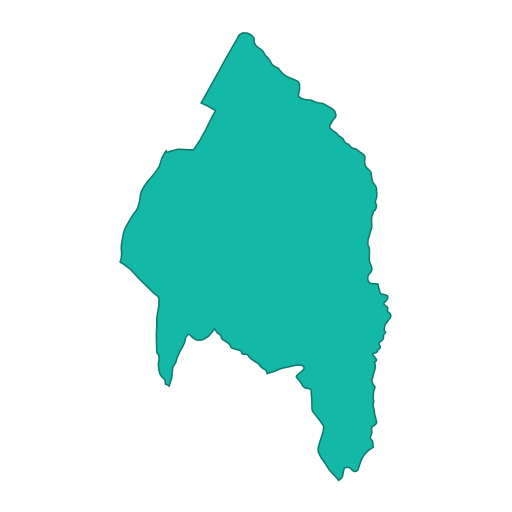 the district of Coatepeque, Quezaltenango, Guatemala, rotated 91°
{"feature_id": "79465075B84423325132752", "entity_name": "Coatepeque", "entity_type": "district", "adm_level": 2, "iso_a3": "GTM", "parent_name": "Guatemala", "parent_adm1": "Quezaltenango", "projection": "mercator", "projection_center": [-91.974, 14.632], "detail": "fine", "context": "isolated", "style": "filled", "palette": "teal", "viewbox_px": 512, "rotation_deg": 91, "n_neighbors": 0, "source": "geoboundaries", "source_scale": "gbopen_adm2", "svg_char_len": 6104}
<svg xmlns="http://www.w3.org/2000/svg" viewBox="0 0 512 512"><g transform="rotate(91 256 256)"><path d="M35.9,277.0L41.9,280.1L42.8,280.7L58.4,289.3L66.9,293.8L69.0,294.8L69.9,295.3L75.7,298.4L89.1,305.6L97.2,309.9L103.9,313.6L105.3,310.7L106.5,307.6L111.4,298.9L114.6,300.8L118.9,303.0L128.9,307.7L131.3,308.6L132.6,309.4L132.9,309.6L137.2,312.1L140.1,313.4L151.0,320.4L150.8,329.5L150.6,335.8L152.1,341.1L153.9,347.0L153.4,347.3L152.4,347.6L154.1,348.9L159.8,351.9L168.0,354.2L175.0,358.7L182.5,365.0L188.0,368.9L193.2,371.7L196.3,372.5L203.6,373.5L208.2,374.7L210.5,375.4L212.8,376.6L216.5,379.5L224.4,384.1L227.3,385.6L229.8,387.0L234.7,388.8L246.6,390.7L250.4,390.9L256.3,390.4L260.4,390.7L264.5,391.8L266.2,388.7L271.8,381.0L279.0,374.2L282.2,371.0L294.9,357.6L297.5,354.1L299.2,352.6L301.5,352.2L307.3,352.3L320.0,354.2L329.1,354.0L336.2,354.3L353.7,353.6L355.3,352.8L356.7,351.6L358.9,351.2L361.6,351.1L363.6,351.6L365.6,351.8L368.6,351.5L371.7,351.1L374.4,350.3L376.1,349.8L377.9,348.6L379.5,347.0L380.7,345.5L382.5,344.6L385.4,344.5L385.9,344.1L386.2,342.5L387.6,340.6L379.3,338.1L368.9,337.3L364.0,334.4L359.6,333.3L352.0,330.0L348.5,328.0L345.8,326.8L344.2,326.0L338.4,324.7L335.7,322.7L335.5,321.7L336.1,320.6L338.5,318.2L340.5,315.2L341.2,313.1L341.0,308.6L339.7,306.0L337.2,302.2L333.2,298.8L329.6,296.2L330.8,295.2L332.0,294.5L332.8,293.9L334.0,292.9L334.7,291.3L335.3,290.7L336.0,290.1L336.9,289.6L337.8,289.4L338.8,289.1L339.5,288.6L340.1,287.9L343.3,282.7L344.0,281.8L345.3,280.7L346.2,280.1L347.7,279.5L348.3,278.9L348.7,278.0L350.1,272.8L350.5,271.5L351.0,269.6L351.6,269.1L353.6,268.5L354.1,268.0L354.4,267.4L354.5,266.7L354.5,265.6L354.4,264.8L354.8,262.8L355.9,261.8L356.5,261.5L357.1,261.1L358.0,260.3L358.9,259.2L359.8,257.9L362.7,253.4L362.9,252.7L363.3,251.7L364.2,251.3L365.5,250.5L366.8,248.9L367.7,248.0L368.6,246.7L369.6,244.7L370.3,244.0L371.1,243.5L373.4,242.8L371.0,235.5L368.5,229.9L367.6,227.4L366.0,220.2L364.5,213.8L364.4,209.0L365.1,206.8L366.1,206.2L367.4,206.0L368.4,206.4L369.7,207.5L375.0,213.3L375.7,213.6L376.7,213.3L379.9,210.5L383.0,208.2L384.9,207.2L386.6,205.4L387.3,203.7L387.9,200.0L388.4,199.1L389.2,198.6L399.2,197.7L408.6,197.3L410.4,196.6L418.9,189.7L425.1,185.3L430.2,185.8L441.2,189.0L447.2,190.6L450.9,190.3L456.6,187.4L461.6,183.6L468.6,179.0L472.7,175.2L474.9,172.9L478.9,169.4L476.5,166.6L474.9,165.7L466.9,164.1L466.2,163.6L465.9,162.6L465.7,160.9L465.9,159.3L466.5,158.1L468.7,155.7L469.6,154.5L469.7,153.4L469.7,152.5L469.3,151.6L468.2,150.5L466.6,149.9L457.9,147.1L455.6,145.9L453.5,144.7L451.9,143.4L448.5,140.3L445.1,135.3L439.2,136.2L437.7,137.5L436.3,138.4L435.6,138.4L434.5,138.2L432.0,137.5L430.9,137.2L429.6,137.1L426.7,137.5L425.7,137.4L424.3,136.6L423.9,135.6L423.3,134.7L422.2,133.5L421.5,132.9L420.9,132.7L420.0,132.5L418.8,132.7L415.1,133.7L412.1,134.6L408.0,135.1L405.9,135.7L404.4,136.2L403.6,136.3L402.7,136.3L401.6,136.1L400.1,135.8L398.6,135.7L397.7,136.1L396.6,136.3L394.5,136.3L390.7,136.1L389.0,135.9L388.1,135.7L386.2,134.9L385.4,134.8L384.5,134.9L383.9,135.3L382.7,136.5L382.0,136.9L381.3,137.1L379.4,137.8L378.3,138.0L377.6,137.9L375.7,137.2L373.2,136.7L369.2,135.6L367.2,135.1L364.6,134.8L363.0,134.9L360.2,135.6L359.0,134.2L357.8,133.7L356.9,134.1L352.6,137.4L352.0,137.6L351.2,136.9L350.9,135.2L350.6,134.2L350.2,133.6L349.4,133.1L348.4,132.7L347.3,132.0L346.4,130.7L345.6,130.2L344.3,130.1L342.4,131.3L341.6,131.4L340.8,131.3L340.1,130.8L338.0,128.4L336.3,127.1L335.6,127.0L333.8,127.2L332.8,127.1L332.1,126.7L331.6,126.0L330.4,125.1L329.5,125.3L328.8,126.1L327.8,126.6L325.1,126.3L323.5,126.0L322.6,125.8L321.7,125.3L319.8,123.8L315.4,120.7L314.1,120.2L313.2,120.2L311.9,120.5L310.9,121.1L309.6,123.0L308.4,123.7L307.2,123.6L305.8,123.3L305.1,123.4L304.3,124.4L303.7,125.6L302.8,126.6L301.8,127.3L300.8,127.3L298.7,125.3L297.2,124.2L296.0,123.7L295.1,123.5L294.0,123.6L293.3,124.2L293.0,124.9L292.3,127.0L292.0,129.3L291.7,130.2L290.9,131.1L290.3,131.4L286.5,132.4L283.4,133.5L282.7,133.4L281.7,133.9L281.7,136.6L281.4,140.6L280.9,142.0L279.9,142.8L279.1,143.3L278.1,143.6L276.8,143.8L275.6,143.9L274.8,143.8L273.0,143.1L272.4,142.8L270.3,141.0L269.2,140.4L267.3,139.8L266.1,140.0L265.0,140.2L261.6,141.6L260.8,142.0L258.7,142.5L257.2,142.7L255.1,142.7L252.9,142.6L250.1,142.6L247.5,142.7L246.1,142.9L244.8,143.4L243.3,144.2L242.1,144.4L238.2,144.3L236.1,143.8L233.6,142.9L229.6,142.1L226.8,141.0L226.1,140.9L224.9,140.7L223.1,140.8L218.8,141.1L215.3,141.0L214.2,140.8L212.1,139.9L211.0,139.6L209.8,139.7L208.1,137.8L207.0,137.1L206.2,136.8L204.8,136.5L203.3,136.5L202.2,136.8L199.9,137.7L196.9,136.9L195.6,136.5L194.1,136.3L192.3,136.3L189.0,136.6L187.0,136.6L185.9,136.8L185.0,137.1L183.7,137.9L182.0,139.0L180.8,140.0L179.6,140.7L175.4,141.7L171.1,142.4L170.0,142.7L169.2,143.3L168.6,143.8L166.7,146.0L165.3,147.3L163.7,148.2L161.8,148.8L160.7,149.0L158.7,149.0L156.8,148.8L154.8,148.9L154.1,149.1L153.3,149.7L152.4,150.6L151.6,151.6L150.5,153.4L149.1,155.5L147.8,157.1L147.3,157.9L146.8,160.1L146.3,161.6L145.6,162.7L144.9,163.5L143.9,164.3L142.7,165.5L141.9,167.6L141.3,168.5L139.9,169.6L137.3,171.0L136.7,171.6L135.9,172.6L135.3,174.0L134.5,175.1L133.9,175.7L131.9,177.5L129.3,181.3L127.0,184.1L126.0,184.5L124.7,184.5L123.9,184.2L119.8,182.0L117.7,180.6L116.3,179.4L115.4,178.8L114.6,178.6L113.2,178.6L111.2,179.2L110.4,179.5L109.0,180.6L107.4,182.5L106.5,183.9L102.7,191.0L102.2,193.1L101.9,196.0L101.4,197.9L100.7,200.1L99.8,202.1L99.1,204.4L98.9,208.2L98.6,210.2L97.9,212.5L97.3,214.0L96.3,215.3L95.6,215.9L94.6,216.3L94.0,216.4L88.5,215.3L86.7,215.3L84.7,215.4L83.4,215.6L82.4,216.0L81.5,216.4L80.9,217.0L80.4,217.7L78.5,221.9L77.4,225.0L76.3,227.6L74.4,230.9L72.4,233.2L71.6,233.9L69.5,235.6L67.8,237.1L67.3,238.0L66.9,239.4L65.0,242.4L63.8,243.6L60.0,245.8L59.1,246.5L58.2,247.1L55.4,250.0L54.5,250.7L52.4,251.7L51.6,252.3L50.7,253.1L49.6,254.4L47.5,257.4L46.3,259.0L45.5,259.8L44.5,260.5L43.2,261.2L42.5,261.5L41.8,261.6L38.9,261.7L37.5,262.0L37.2,262.7L36.0,263.7L35.1,264.6L33.3,268.3L33.1,273.2L35.2,276.6L36.0,276.8L35.9,277.0Z" fill="#14b8a6" stroke="#0f766e" stroke-width="1.5"/></g></svg>